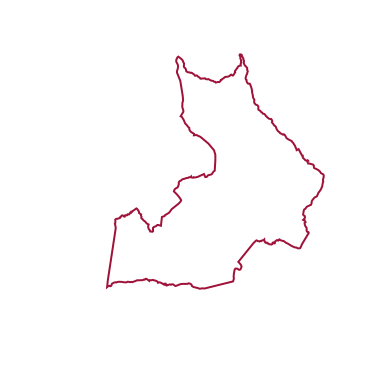 outline of Açailândia, Maranhão, Brazil, rotated 320°
{"feature_id": "56859067B88917443865419", "entity_name": "Açailândia", "entity_type": "district", "adm_level": 2, "iso_a3": "BRA", "parent_name": "Brazil", "parent_adm1": "Maranhão", "projection": "robinson", "projection_center": [-47.274, -4.703], "detail": "fine", "context": "isolated", "style": "outline", "palette": "rose", "viewbox_px": 384, "rotation_deg": 320, "n_neighbors": 0, "source": "geoboundaries", "source_scale": "gbopen_adm2", "svg_char_len": 6101}
<svg xmlns="http://www.w3.org/2000/svg" viewBox="0 0 384 384"><g transform="rotate(320 192 192)"><path d="M110.2,170.8L70.8,205.5L65.8,210.3L67.7,210.3L68.5,210.9L68.7,211.6L69.6,211.9L70.4,211.7L70.9,211.2L71.8,210.8L73.7,211.2L75.2,211.8L75.9,212.7L76.8,212.9L78.1,213.6L80.4,215.7L82.3,217.9L83.8,219.1L85.1,219.4L86.8,221.4L87.8,221.9L88.2,222.6L91.3,223.8L93.4,224.4L94.0,225.1L97.7,227.9L98.6,228.0L99.4,228.8L100.6,228.6L101.2,229.2L101.6,230.3L102.1,232.7L102.9,232.3L104.3,233.6L105.5,234.1L106.1,235.3L106.8,235.9L107.9,238.2L107.6,239.7L108.5,239.8L109.2,240.5L110.0,241.9L111.0,244.8L111.5,244.3L112.8,245.2L112.3,246.0L112.3,246.7L112.9,246.4L113.3,247.7L114.2,247.9L115.7,248.6L116.2,249.5L117.2,249.7L118.1,250.6L118.8,253.2L119.3,253.6L124.2,255.3L127.0,257.3L127.5,258.0L128.4,258.5L129.5,259.5L130.6,259.7L131.3,260.5L132.0,262.1L131.9,263.3L131.5,263.9L132.1,265.8L134.5,269.0L135.6,270.9L138.7,273.0L139.4,273.9L166.0,286.9L168.5,285.2L169.4,283.7L171.6,281.5L174.7,278.9L175.9,278.6L176.5,278.9L177.3,279.7L178.0,281.8L178.6,282.3L179.4,282.4L181.4,281.4L182.1,280.9L182.7,279.0L182.6,275.3L206.1,270.7L209.6,270.4L210.4,270.6L210.8,271.7L212.0,273.4L212.8,273.4L213.4,274.1L214.9,274.2L215.6,274.9L216.8,274.8L216.1,275.8L216.0,276.6L215.7,277.3L215.7,278.1L216.3,278.3L216.6,279.0L217.1,279.4L216.8,280.0L217.4,280.7L217.6,281.7L219.2,283.4L219.9,283.5L221.2,282.7L222.0,283.0L221.9,284.2L222.4,284.5L224.0,283.3L226.3,283.5L226.7,284.6L228.0,284.4L228.6,284.6L228.5,285.5L229.1,286.2L229.8,287.5L230.7,288.4L231.3,291.1L232.3,293.3L233.6,297.3L235.0,300.3L236.3,301.7L236.7,302.8L237.2,303.5L238.2,304.3L238.9,304.5L241.0,303.6L242.1,302.9L255.1,298.4L255.4,297.5L254.8,296.9L254.7,296.0L255.3,294.7L256.0,294.2L256.7,293.1L256.9,291.1L257.6,289.2L258.3,288.1L259.6,288.1L259.9,287.1L259.8,286.3L259.2,284.8L260.1,284.7L260.5,285.3L261.6,284.4L262.2,284.0L262.9,283.1L262.5,281.5L262.7,280.6L266.0,277.8L266.9,277.5L268.1,277.7L269.8,277.2L271.0,277.2L275.0,278.3L276.1,277.7L277.5,276.3L278.6,275.7L282.0,275.0L283.0,275.1L284.9,275.6L287.3,274.4L287.9,274.0L292.8,272.8L293.5,272.2L295.0,271.6L298.5,268.7L299.2,268.5L299.6,267.5L300.9,266.2L302.1,265.6L302.5,265.0L303.4,264.3L303.9,263.0L302.9,260.4L303.2,258.2L302.9,257.2L302.9,256.3L302.5,255.6L301.9,253.8L301.4,253.2L301.0,252.2L301.5,251.0L302.2,250.3L302.4,248.9L300.4,245.9L299.3,244.9L300.0,242.5L301.0,242.8L301.0,242.0L300.2,241.7L299.3,240.8L299.0,236.9L300.2,235.4L299.7,234.9L301.2,227.7L299.1,227.2L299.7,226.0L300.1,224.0L300.6,223.1L300.8,220.7L301.1,219.6L300.9,218.0L301.1,216.9L300.2,215.0L299.2,212.3L299.1,211.1L299.8,208.2L299.3,207.5L299.4,206.7L298.4,206.3L298.1,205.1L297.6,204.2L297.3,203.5L297.5,202.7L297.0,200.8L297.2,198.4L298.2,195.6L297.7,193.6L298.0,192.6L297.9,190.8L298.1,189.8L299.0,189.4L299.4,188.5L299.6,187.1L299.0,186.6L298.1,185.3L297.6,183.0L297.7,182.2L297.4,181.3L297.7,180.0L297.6,178.8L296.6,177.4L296.8,176.4L296.4,175.3L296.4,173.5L295.8,171.9L296.1,171.0L297.5,169.6L297.8,169.0L297.9,167.9L297.6,167.0L297.2,166.5L297.0,165.7L297.0,164.0L297.3,163.2L299.2,161.2L299.2,160.3L299.5,158.9L300.5,157.4L302.5,153.6L303.3,153.0L303.5,152.2L304.0,151.4L305.1,148.9L305.2,148.0L305.7,147.2L305.9,146.3L305.4,145.6L304.7,145.2L304.5,144.3L304.9,142.4L305.8,141.2L305.6,140.5L306.0,139.5L307.3,138.4L309.2,137.2L310.1,137.0L311.2,136.0L312.1,135.6L312.5,135.0L312.6,134.2L313.0,133.6L314.0,132.5L314.0,129.9L313.8,129.1L314.4,126.8L314.9,125.9L315.5,125.6L316.2,124.8L316.4,123.7L317.1,122.8L317.7,119.9L318.2,119.0L317.8,117.9L317.1,117.4L316.3,117.8L315.8,119.7L314.8,120.9L314.3,122.7L313.5,123.4L313.2,124.0L312.7,124.6L311.9,124.9L310.6,126.5L310.0,125.9L307.9,125.5L307.1,125.8L306.5,126.2L305.8,126.2L302.7,127.0L302.2,127.5L302.0,128.1L300.4,128.5L298.9,129.1L298.2,129.1L297.8,128.4L297.6,127.4L296.9,127.1L295.3,127.3L293.4,126.6L291.5,125.2L289.0,125.1L287.7,124.9L286.7,125.1L286.1,124.7L285.6,125.1L284.2,125.4L283.4,125.2L282.7,124.5L280.5,123.4L280.5,122.3L279.9,121.8L279.6,121.2L279.6,120.5L278.1,118.7L277.3,116.3L276.0,115.4L275.2,114.4L275.0,113.2L273.4,112.2L272.7,111.5L271.8,111.1L271.3,110.6L271.4,109.7L270.8,107.4L270.6,105.8L269.0,104.8L269.2,103.7L268.5,100.8L268.1,100.1L267.3,99.7L267.0,98.8L265.8,97.6L265.4,96.6L265.3,95.5L266.2,94.0L266.4,92.8L266.1,91.7L266.3,91.0L266.7,90.2L267.6,89.5L268.6,88.3L268.7,87.1L269.2,86.0L269.4,85.2L269.4,83.3L268.5,79.5L267.4,79.5L264.8,80.7L263.7,82.1L263.1,84.7L262.5,86.4L260.6,88.2L258.0,89.9L257.2,91.0L254.5,99.3L246.8,112.2L243.9,116.3L242.1,117.4L239.2,120.6L237.6,124.3L236.7,125.1L232.0,126.7L232.5,127.9L232.0,131.3L230.9,134.9L230.8,135.7L231.0,136.7L230.9,139.5L231.1,141.3L230.5,141.8L229.9,143.2L229.8,145.3L231.0,148.8L229.9,149.8L232.0,151.2L233.9,155.2L235.7,165.5L235.7,174.2L233.8,178.5L230.1,182.9L223.1,190.3L221.6,190.2L218.8,191.0L218.1,191.0L215.5,189.7L214.5,189.5L213.5,189.9L212.6,189.7L211.8,189.1L212.7,185.9L205.8,184.0L204.2,183.1L203.3,182.6L202.7,181.7L202.1,181.8L201.5,181.3L201.0,180.4L201.3,179.6L200.4,179.8L199.3,178.8L198.4,178.8L196.5,177.6L195.6,177.4L193.1,176.2L191.7,176.0L191.0,176.2L189.4,175.7L187.8,176.3L187.0,177.5L184.9,178.8L183.8,179.2L182.4,178.9L180.5,178.8L178.5,179.9L178.9,184.0L178.9,187.6L178.5,191.3L177.3,191.9L174.7,192.3L165.3,192.1L161.9,193.0L160.6,193.1L156.4,192.4L155.5,192.8L152.9,191.8L146.5,197.9L144.9,195.5L144.2,195.0L142.3,195.0L140.4,194.3L139.0,194.4L137.0,197.0L136.1,197.0L134.6,195.3L135.0,194.8L135.1,194.1L135.0,193.2L135.3,192.0L136.1,190.3L137.9,189.0L137.1,187.1L137.1,184.5L136.6,182.4L136.7,181.0L136.4,180.0L136.5,179.2L137.4,178.6L137.8,177.1L138.6,176.5L137.9,174.1L138.8,172.8L139.1,169.7L138.8,168.8L135.3,168.6L134.7,168.4L132.4,168.7L132.5,168.0L131.7,168.0L131.1,168.4L130.3,168.4L129.7,168.8L128.3,167.7L127.6,168.2L127.0,167.9L126.0,166.9L125.3,167.0L124.7,167.6L124.2,167.3L124.0,165.6L123.5,165.0L122.6,164.9L122.0,165.3L121.1,165.0L119.9,165.6L119.3,165.2L117.4,164.5L116.6,163.8L115.5,163.8L113.8,166.0L113.2,166.5L112.6,166.6L111.5,168.9L110.2,170.8Z" fill="none" stroke="#9f1239" stroke-width="2"/></g></svg>